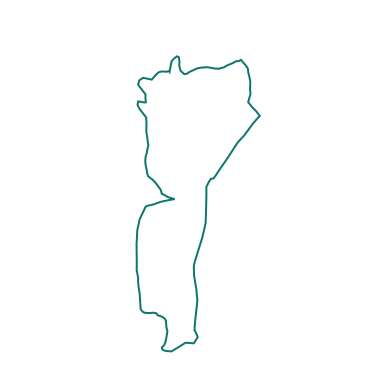 the district of Dokan, As-Sulaymaniyah, Iraq, rotated 232°
{"feature_id": "34846034B72694577895124", "entity_name": "Dokan", "entity_type": "district", "adm_level": 2, "iso_a3": "IRQ", "parent_name": "Iraq", "parent_adm1": "As-Sulaymaniyah", "projection": "albers", "projection_center": [45.03, 35.922], "detail": "fine", "context": "isolated", "style": "outline", "palette": "teal", "viewbox_px": 384, "rotation_deg": 232, "n_neighbors": 0, "source": "geoboundaries", "source_scale": "gbopen_adm2", "svg_char_len": 2100}
<svg xmlns="http://www.w3.org/2000/svg" viewBox="0 0 384 384"><g transform="rotate(232 192 192)"><path d="M307.5,256.3L304.0,252.2L300.4,248.2L301.6,248.2L302.5,245.8L303.7,244.7L305.6,242.3L306.8,239.7L306.8,237.1L306.0,232.4L305.3,229.5L308.2,227.1L309.8,225.7L312.2,223.6L312.2,222.5L312.4,219.2L312.2,218.9L309.8,215.7L307.4,215.5L303.6,215.5L297.7,215.5L293.9,212.6L291.1,210.8L292.0,209.4L293.9,207.9L296.5,205.3L294.2,202.7L289.7,201.8L284.0,201.8L278.8,201.8L277.4,200.6L274.8,198.9L271.5,196.3L269.1,194.2L265.5,191.9L262.2,190.2L258.0,187.5L255.6,186.4L253.7,183.7L250.6,180.5L248.5,177.3L245.4,174.4L241.9,172.1L237.2,169.8L233.9,168.0L231.5,167.1L225.8,168.6L221.3,168.9L216.6,168.9L212.6,168.6L209.3,167.1L206.9,168.3L202.9,169.8L198.7,172.7L197.1,174.0L200.1,168.3L203.4,161.6L206.0,153.7L208.8,147.9L208.8,146.1L202.7,133.9L195.6,125.4L188.8,119.5L184.8,116.0L170.2,104.9L164.5,100.3L157.5,96.7L154.6,94.4L150.2,91.5L143.8,88.0L137.0,83.3L133.9,81.2L130.9,79.2L127.6,79.5L125.7,80.6L122.6,84.1L120.9,87.0L118.6,89.1L116.0,89.1L112.0,91.7L109.1,92.5L106.8,92.3L100.9,88.4L97.6,87.0L95.5,84.9L91.3,80.2L89.6,77.9L88.5,75.8L87.9,72.3L85.6,71.7L82.6,73.7L79.0,77.8L78.3,83.9L77.2,94.1L71.6,100.3L74.2,107.2L78.8,108.5L81.5,108.9L83.5,110.5L91.0,117.5L97.6,124.1L103.2,129.4L112.1,135.2L124.0,141.7L125.4,142.6L129.3,145.4L132.6,147.9L135.6,151.6L149.8,172.1L159.0,183.5L168.3,191.3L179.9,200.8L187.2,206.5L189.5,211.4L190.8,215.1L189.5,217.1L190.1,220.0L192.5,226.9L197.0,241.4L202.9,258.5L203.9,264.7L204.5,268.3L208.5,282.4L210.3,292.3L216.5,292.3L221.8,291.6L228.2,291.6L231.9,296.6L233.3,298.5L236.5,300.5L239.1,302.5L242.9,305.8L247.4,308.1L251.7,310.0L252.6,310.6L254.9,312.0L259.2,312.3L263.5,312.0L265.9,312.0L266.4,309.4L268.0,307.1L268.5,303.4L269.6,299.5L270.4,296.2L270.4,294.2L272.0,290.9L272.2,289.6L273.3,288.3L274.4,287.0L276.2,285.0L278.6,283.1L281.0,280.7L284.2,276.1L286.1,272.5L287.4,267.3L288.2,263.6L288.4,260.7L289.8,258.4L294.8,257.7L299.4,259.7L302.3,262.3L306.3,264.6L308.2,263.6L308.2,259.7L307.5,256.3Z" fill="none" stroke="#0f766e" stroke-width="2"/></g></svg>